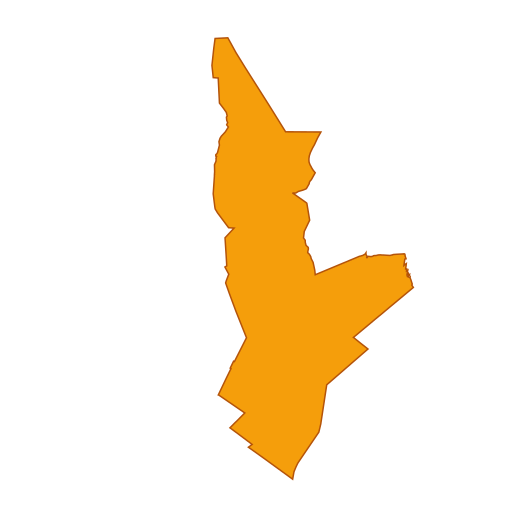 Escobedo, Coahuila, Mexico, rotated 217°
{"feature_id": "50627088B23195967378884", "entity_name": "Escobedo", "entity_type": "district", "adm_level": 2, "iso_a3": "MEX", "parent_name": "Mexico", "parent_adm1": "Coahuila", "projection": "equal_earth", "projection_center": [-101.288, 27.307], "detail": "fine", "context": "isolated", "style": "filled", "palette": "amber", "viewbox_px": 512, "rotation_deg": 217, "n_neighbors": 0, "source": "geoboundaries", "source_scale": "gbopen_adm2", "svg_char_len": 2715}
<svg xmlns="http://www.w3.org/2000/svg" viewBox="0 0 512 512"><g transform="rotate(217 256 256)"><path d="M92.4,99.8L95.8,106.5L97.1,111.5L97.8,114.9L98.0,116.2L98.8,132.4L99.8,153.1L103.3,161.1L103.5,161.4L122.0,195.7L110.6,249.1L120.3,249.3L129.2,249.6L123.0,276.2L123.0,276.3L121.6,282.2L121.4,282.8L118.4,295.8L111.4,325.6L114.0,326.5L114.3,327.4L114.3,327.6L115.3,328.3L118.4,330.5L118.5,330.5L119.8,331.3L120.2,331.9L120.3,331.3L121.6,331.0L122.4,330.8L121.8,332.8L122.3,333.7L122.9,331.9L123.3,332.9L123.9,333.7L124.3,332.2L126.3,336.1L126.8,334.7L127.8,336.4L128.7,335.7L130.2,338.4L131.4,340.4L131.9,339.0L132.2,337.5L135.3,343.1L134.7,343.9L134.5,344.1L134.9,344.4L136.7,345.6L137.4,346.3L137.9,346.8L138.5,347.1L138.8,347.0L139.4,346.6L139.4,346.3L139.6,346.2L140.0,346.0L145.2,341.6L145.4,341.4L146.8,340.2L147.4,339.6L147.7,338.9L147.9,338.8L149.3,337.1L152.3,335.1L154.9,333.4L156.6,332.2L157.2,331.9L159.0,330.4L160.6,328.4L161.0,328.2L161.6,327.7L162.3,327.0L162.7,325.9L163.1,325.4L163.3,325.2L163.6,325.0L163.7,324.9L163.8,324.7L165.2,323.9L166.3,323.2L166.4,320.8L167.0,322.4L169.2,323.5L170.1,324.7L170.0,323.3L171.0,320.9L171.1,320.7L172.6,318.7L173.3,317.9L174.1,316.5L197.4,276.7L200.7,280.2L206.6,285.3L210.3,287.1L212.0,288.5L214.4,289.5L215.1,289.6L216.7,289.8L217.5,291.1L218.4,293.2L219.5,294.3L222.4,294.6L224.8,296.5L226.2,298.2L228.9,299.0L232.2,304.6L234.7,316.9L247.0,328.6L247.4,328.8L248.5,328.8L248.8,328.8L264.9,328.3L264.7,328.4L262.9,329.6L262.1,330.3L261.0,333.1L258.2,336.8L256.9,338.9L256.3,340.1L257.0,345.7L257.7,346.9L257.9,348.7L257.7,350.1L258.8,358.1L261.9,358.9L264.1,359.7L266.2,360.7L268.0,361.5L270.1,362.9L271.6,364.6L272.5,365.9L273.7,368.1L274.8,371.3L275.8,376.2L276.3,380.0L277.9,387.5L278.8,394.1L307.1,373.0L336.4,384.3L377.3,399.7L394.5,406.4L409.8,413.3L412.3,411.2L419.6,405.1L414.8,396.6L405.9,381.7L397.5,372.7L393.3,375.4L380.2,359.7L377.2,356.1L370.7,354.3L366.1,352.8L363.3,350.5L363.2,349.1L361.0,346.7L358.9,345.5L358.4,343.1L355.7,342.4L355.2,336.6L355.8,330.8L355.6,328.4L354.4,325.0L351.9,322.5L349.0,315.5L348.8,313.9L349.1,312.9L348.3,311.6L347.4,311.8L346.8,310.0L346.6,310.0L345.0,307.6L344.1,303.9L339.6,298.2L339.0,297.2L338.5,296.5L338.3,296.4L338.1,295.8L337.3,294.8L327.6,279.9L318.6,270.6L316.9,269.0L312.7,267.3L294.9,262.1L290.3,265.1L291.7,251.9L280.7,239.1L273.4,230.5L274.2,228.5L266.8,225.1L264.9,218.5L264.1,216.3L263.9,216.1L255.0,210.2L254.7,210.0L238.8,199.8L214.4,185.0L209.7,158.7L210.6,158.5L209.1,150.9L208.2,151.0L206.4,141.6L202.5,122.4L202.3,122.5L170.5,123.9L172.2,111.4L172.3,111.2L173.4,103.1L159.9,103.2L145.7,103.2L147.0,98.7L128.1,99.2L92.4,99.8Z" fill="#f59e0b" stroke="#b45309" stroke-width="1.5"/></g></svg>